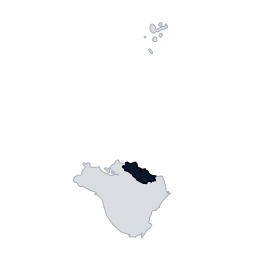 location of Manabi within Ecuador, rotated 96°
{"feature_id": "ECU-1282", "entity_name": "Manabi", "entity_type": "Province", "adm_level": 1, "iso_a3": "ECU", "parent_name": "Ecuador", "parent_adm1": "", "projection": "natural_earth1", "projection_center": [-80.093, -0.733], "detail": "fine", "context": "in_parent", "style": "filled", "palette": "ink", "viewbox_px": 256, "rotation_deg": 96, "n_neighbors": 0, "source": "natural_earth", "source_scale": "10m", "svg_char_len": 7053}
<svg xmlns="http://www.w3.org/2000/svg" viewBox="0 0 256 256"><g transform="rotate(96 128 128)"><path d="M235.6,102.7L234.9,103.2L233.1,103.4L231.7,102.9L231.1,102.9L231.1,103.5L232.9,104.8L233.8,107.3L235.1,108.8L235.9,109.5L236.0,110.0L235.7,111.0L235.6,111.8L236.1,115.6L235.8,115.8L234.8,115.8L234.0,115.1L231.9,124.4L225.0,133.6L217.2,140.1L208.3,143.9L201.7,146.5L200.6,147.5L197.4,152.1L197.3,152.6L197.7,153.4L197.7,153.9L197.3,154.2L196.9,154.2L196.7,154.0L196.5,153.4L196.1,152.9L195.6,152.7L195.3,152.8L195.3,153.4L194.6,155.9L194.6,157.1L194.3,157.5L194.3,158.6L193.6,159.6L193.1,161.3L192.6,161.8L191.9,164.4L190.9,167.0L190.8,167.9L191.1,168.5L191.2,169.0L190.8,170.6L188.5,172.2L187.9,172.9L187.6,173.8L187.8,174.5L187.7,175.1L187.0,175.4L186.2,176.8L185.7,177.1L184.2,176.6L183.1,176.6L182.3,176.2L180.7,173.7L180.0,172.3L179.9,170.3L178.3,169.0L176.2,169.3L175.5,168.8L174.0,168.0L172.7,167.0L171.7,166.5L170.9,166.8L169.6,168.4L168.4,169.1L167.9,169.1L167.2,168.6L167.1,168.0L168.8,165.2L167.5,165.2L167.1,164.6L167.0,163.9L166.8,163.1L167.0,162.2L167.7,161.7L168.8,162.1L169.5,162.1L170.0,161.3L170.9,160.6L171.1,160.2L170.6,158.8L170.5,158.1L170.6,157.6L170.6,156.1L170.3,155.6L170.3,154.7L170.0,154.3L169.9,153.3L169.2,152.7L171.4,151.7L172.2,151.0L173.1,150.3L174.0,149.2L174.5,148.2L175.8,143.4L177.1,140.4L176.8,138.9L175.8,137.0L175.6,134.1L175.7,133.2L175.6,132.6L174.9,133.8L175.1,138.0L174.5,139.9L173.6,140.4L173.1,140.0L173.4,136.9L172.8,137.5L171.8,139.6L170.2,141.2L170.1,141.7L169.7,142.3L168.5,141.7L167.6,141.1L164.5,137.6L162.4,136.9L161.2,135.6L161.0,135.1L160.8,134.4L162.1,133.7L163.3,132.7L163.5,130.5L163.4,128.8L162.5,125.9L162.9,122.1L162.7,120.7L161.6,117.5L162.4,115.9L165.3,114.7L166.2,114.0L166.8,111.5L167.5,110.0L168.8,110.6L169.8,110.5L168.4,110.0L167.3,107.7L167.1,106.7L169.3,103.6L170.4,102.8L171.7,101.1L172.9,98.7L173.2,94.8L172.7,92.0L172.3,89.1L173.0,88.3L174.8,87.9L176.2,87.0L176.9,86.1L178.6,86.2L180.5,84.9L183.7,84.2L188.0,82.7L189.0,81.3L188.5,78.9L190.1,80.3L190.9,81.5L193.1,82.8L195.7,85.1L197.5,86.3L199.4,87.3L202.1,88.5L203.8,88.3L204.5,90.0L205.1,90.5L206.7,91.1L206.9,91.3L207.5,94.6L207.8,95.0L209.2,95.6L210.8,95.7L211.5,95.6L213.0,96.5L215.3,97.3L216.1,97.4L216.5,97.2L216.6,96.9L217.3,97.0L218.3,97.4L219.7,97.5L220.6,97.1L220.8,95.3L221.1,94.9L222.1,94.2L222.6,94.3L225.3,95.8L225.9,96.3L226.5,97.3L227.8,98.7L229.2,99.7L231.3,100.1L233.3,101.6L235.6,102.7ZM24.9,100.7L25.8,101.6L26.2,104.4L28.8,107.4L29.2,109.1L28.9,109.8L29.1,110.1L30.3,111.3L31.2,112.5L29.8,115.4L26.8,116.6L23.6,116.6L23.0,116.2L22.2,115.1L22.0,114.2L22.5,113.2L24.1,111.8L26.6,110.5L26.9,109.6L25.9,108.6L25.2,106.7L23.7,105.4L22.9,101.4L22.3,101.2L21.3,101.8L20.7,101.3L20.7,101.0L21.8,100.1L22.1,99.4L23.8,99.1L24.5,99.7L24.9,100.7ZM37.3,112.8L36.6,112.8L34.6,111.4L34.7,109.9L35.5,108.9L38.2,108.4L39.3,109.4L39.2,111.1L38.3,112.4L37.6,112.6L37.3,112.8ZM171.8,146.4L171.5,147.0L170.3,146.9L169.9,146.7L170.2,143.9L170.5,143.0L171.6,142.2L172.4,141.7L173.5,141.8L174.7,142.6L173.3,144.0L172.3,144.4L171.8,146.4ZM22.9,108.1L21.6,108.3L20.5,107.8L20.0,107.0L19.9,105.8L20.0,105.4L22.5,104.9L23.3,106.0L23.3,107.5L22.9,108.1ZM49.4,114.9L47.8,115.6L46.9,115.0L46.9,114.6L47.7,113.7L48.6,113.1L49.3,112.1L50.7,111.4L51.1,111.6L51.4,111.8L51.5,112.2L51.0,113.0L50.2,113.6L49.4,114.9ZM34.1,106.1L33.5,106.6L31.0,106.1L30.3,105.2L30.9,104.0L31.4,103.5L32.9,103.9L34.4,105.3L34.1,106.1ZM36.1,121.5L35.6,121.5L34.9,120.9L35.4,119.7L36.5,120.3L36.7,120.7L36.1,121.5ZM187.9,81.9L187.1,82.1L186.8,81.3L187.7,80.5L188.0,80.3L187.9,81.9Z" fill="#d9dde1" stroke="#a8b0b8" stroke-width="1"/><path d="M162.7,126.6L162.5,126.0L162.3,125.7L162.2,125.5L162.2,125.3L162.3,125.1L162.7,124.7L162.7,124.4L162.7,123.9L162.8,123.8L163.0,123.6L163.3,123.6L163.4,123.4L163.4,123.2L163.4,122.9L163.5,122.6L163.4,122.3L163.5,122.0L163.7,121.9L163.7,121.5L163.3,120.9L162.5,119.8L161.9,118.5L161.6,117.7L161.4,117.3L161.5,117.0L161.7,116.8L161.8,116.6L162.0,116.4L162.1,116.2L162.4,115.9L162.5,115.7L162.9,115.5L163.1,115.5L163.3,115.4L163.5,115.3L163.8,115.3L164.0,115.2L163.9,115.4L164.2,115.5L164.4,115.5L164.5,115.4L164.7,115.2L164.9,115.1L165.0,115.3L165.4,115.4L165.7,115.3L166.0,115.0L166.3,114.6L166.5,113.6L166.5,113.3L166.7,112.4L166.9,111.6L167.2,110.9L167.4,110.5L167.5,110.4L167.8,110.3L167.9,110.2L168.0,110.6L168.1,110.9L168.5,111.1L168.8,111.1L169.6,111.1L169.2,110.8L168.8,110.7L168.5,110.7L168.3,110.6L168.2,110.2L168.0,109.8L167.8,109.7L167.7,109.5L167.7,109.2L167.6,108.8L167.5,108.3L167.3,107.8L167.1,107.5L167.0,106.9L167.1,106.6L167.4,106.6L167.8,106.2L168.2,105.5L168.3,105.2L168.5,104.7L168.6,104.4L168.9,104.3L169.1,104.0L169.2,103.7L169.5,103.9L169.8,103.8L170.1,103.5L170.4,103.2L171.2,102.2L171.8,101.3L172.1,100.9L172.2,100.6L172.2,100.4L172.3,100.4L172.6,100.3L172.8,99.7L172.9,99.2L173.0,98.4L173.0,98.0L172.9,97.3L172.9,96.2L173.0,95.8L173.0,95.7L173.2,95.8L173.3,95.9L173.3,96.1L173.4,95.9L173.5,95.8L173.8,96.7L174.0,97.0L174.3,97.1L174.5,97.1L174.6,96.9L174.8,96.6L174.9,96.4L174.9,96.2L175.0,96.2L175.5,96.2L175.9,96.1L176.1,96.1L176.3,95.9L176.6,95.5L176.8,95.4L177.0,95.3L177.3,95.5L177.5,95.6L177.5,95.8L177.3,96.0L177.2,96.3L177.3,96.4L177.3,96.5L178.0,97.0L178.0,97.3L177.9,97.4L177.8,97.5L177.7,97.6L177.4,98.1L177.5,98.3L177.7,98.5L177.8,98.4L178.0,98.4L178.0,98.5L178.1,98.8L178.3,98.7L178.5,98.8L178.8,99.1L179.0,99.2L179.2,99.3L178.8,99.8L178.8,100.0L178.7,100.1L178.6,100.3L178.5,100.5L178.6,100.8L178.8,101.3L178.7,101.4L178.7,101.5L178.7,102.0L178.8,102.1L179.0,102.3L179.3,102.6L179.8,103.1L180.1,103.5L180.7,103.7L180.8,103.7L181.0,103.7L181.2,103.8L181.2,104.2L181.3,106.9L181.3,107.1L181.2,107.3L180.8,108.1L180.7,108.4L180.7,108.6L180.6,109.0L180.3,109.3L180.2,110.0L180.1,110.4L179.8,111.0L179.6,111.6L179.4,111.8L179.2,111.9L179.0,112.1L178.9,112.3L178.8,113.4L178.5,114.0L177.7,114.2L177.4,114.2L177.3,114.3L177.2,114.5L176.7,115.3L176.6,115.5L176.5,115.8L176.3,116.0L176.2,116.0L176.2,116.3L176.1,116.5L176.0,116.8L175.8,117.0L175.6,117.4L175.4,117.6L174.8,118.3L174.6,118.4L174.3,118.5L174.2,118.4L173.9,118.4L173.8,118.2L173.7,118.1L173.6,118.3L173.5,118.5L173.4,118.8L173.3,119.1L173.2,119.6L172.9,120.4L172.8,120.6L172.3,121.1L172.0,121.2L171.9,121.4L171.8,121.6L171.7,121.9L171.8,122.3L171.7,122.4L171.4,122.5L171.2,122.7L171.0,122.9L170.9,123.0L170.8,123.4L170.8,123.6L170.9,123.8L170.9,124.0L171.1,124.2L171.1,124.3L171.0,124.5L170.6,124.8L169.8,124.9L169.8,125.1L170.0,125.4L170.1,125.5L170.3,125.6L170.5,125.7L170.5,125.8L170.5,126.1L170.6,126.5L170.4,126.7L169.9,126.7L169.7,126.8L169.4,126.8L169.3,126.7L169.2,126.8L168.9,127.1L168.7,127.3L168.4,127.5L168.2,127.8L168.1,128.0L167.9,128.3L167.9,128.5L167.8,128.8L167.8,129.0L167.7,129.0L167.2,129.1L166.7,129.1L166.4,129.0L166.2,128.9L166.1,128.7L166.1,128.3L166.1,128.2L166.3,127.9L166.4,127.4L166.4,127.2L166.1,126.9L166.1,126.7L165.9,126.4L165.5,126.3L165.3,126.3L164.8,126.5L164.5,126.5L163.6,126.5L163.4,126.5L163.1,126.5L162.7,126.6L162.7,126.6Z" fill="#0f172a" stroke="#020617" stroke-width="1.5"/></g></svg>